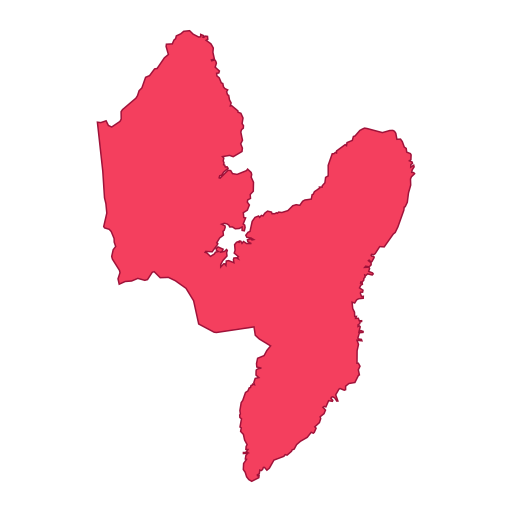 outline of Gagil, Yap, Federated States of Micronesia
{"feature_id": "79324940B76926879567495", "entity_name": "Gagil", "entity_type": "district", "adm_level": 2, "iso_a3": "FSM", "parent_name": "Federated States of Micronesia", "parent_adm1": "Yap", "projection": "robinson", "projection_center": [138.175, 9.551], "detail": "fine", "context": "isolated", "style": "filled", "palette": "rose", "viewbox_px": 512, "rotation_deg": 0, "n_neighbors": 0, "source": "geoboundaries", "source_scale": "gbopen_adm2", "svg_char_len": 6077}
<svg xmlns="http://www.w3.org/2000/svg" viewBox="0 0 512 512"><path d="M256.8,367.0L261.4,368.1L258.3,368.7L256.4,369.8L256.1,370.9L256.0,375.1L258.8,377.6L255.2,378.4L253.8,382.6L254.5,384.7L252.6,384.1L252.4,385.0L251.0,385.5L250.5,387.5L249.2,387.9L247.9,390.9L245.5,392.5L242.7,400.5L241.2,402.6L239.9,410.5L240.4,414.0L239.7,415.0L239.9,417.5L241.5,418.8L240.0,427.0L241.3,427.9L240.6,431.4L243.4,434.4L244.6,440.0L247.1,444.6L246.1,446.5L245.9,449.4L247.9,449.5L246.4,451.6L247.7,452.5L243.4,452.5L243.4,453.5L247.7,453.4L245.9,455.4L245.3,459.0L246.5,459.3L243.6,463.5L243.3,469.5L245.2,472.3L246.6,476.8L248.8,479.6L251.7,481.3L258.8,477.7L259.1,475.5L257.5,475.8L257.3,474.9L259.3,473.6L259.8,470.1L261.1,470.6L262.5,469.6L263.4,467.4L264.5,467.4L266.9,470.2L269.4,468.1L273.9,460.1L283.9,456.3L285.2,454.6L287.1,455.1L291.5,451.3L292.1,449.9L294.2,449.1L296.6,444.6L300.4,441.3L307.3,437.3L311.2,432.3L313.3,433.2L314.3,432.3L316.1,428.2L314.8,426.8L319.4,422.6L320.7,418.6L320.1,416.8L324.0,413.7L325.5,410.1L322.9,407.3L324.2,406.4L325.9,406.9L328.6,400.7L332.4,401.3L332.8,400.4L331.0,398.3L331.4,397.3L332.7,396.8L334.7,397.9L336.8,401.1L337.9,401.0L335.7,394.8L338.9,389.2L340.0,388.5L344.3,390.2L345.6,389.7L345.6,386.2L348.9,383.5L354.9,382.5L358.4,375.5L359.4,374.9L358.3,369.8L360.0,366.2L358.3,363.2L357.0,363.2L357.1,350.7L358.5,344.4L357.0,340.3L361.9,340.8L361.4,339.4L358.2,338.9L357.9,337.9L359.4,332.8L363.0,332.4L363.1,331.4L360.9,330.6L359.0,331.7L360.2,326.8L359.5,325.9L358.0,326.5L358.1,324.8L359.7,323.7L360.1,321.8L361.6,321.5L361.6,320.7L359.3,320.8L358.3,318.3L355.6,318.4L356.4,316.4L354.7,316.5L354.5,312.2L352.7,308.5L352.1,302.2L354.7,303.0L356.6,299.9L358.7,298.7L363.2,298.3L363.3,296.3L361.5,296.5L360.4,293.5L360.6,292.2L362.6,292.2L363.0,290.2L359.5,287.9L360.8,285.2L362.4,284.3L362.2,283.0L360.6,283.1L360.8,282.0L362.4,281.8L363.8,280.1L363.8,278.5L365.1,277.0L364.8,275.1L365.7,275.6L367.6,273.9L372.2,275.0L373.2,273.9L372.5,272.9L368.7,271.4L369.6,268.5L368.9,267.2L364.7,267.4L365.7,266.2L369.2,266.8L371.1,264.9L371.1,262.8L368.4,260.7L369.1,260.1L370.7,261.7L371.9,261.6L374.1,257.6L374.0,256.8L371.6,256.1L371.1,255.2L371.8,254.3L373.6,254.7L375.1,253.7L379.7,246.6L384.2,246.9L393.3,234.0L395.2,232.5L397.9,226.9L403.8,210.3L404.2,207.1L405.2,206.7L407.3,202.3L408.5,192.9L410.7,185.1L410.5,179.0L411.4,176.8L414.6,173.7L413.7,172.6L411.7,172.4L412.2,169.9L414.1,166.9L413.7,165.2L410.7,167.2L410.8,164.6L412.5,163.4L412.2,162.1L409.4,160.8L410.9,159.6L411.1,154.9L410.4,153.6L406.7,152.1L406.2,148.4L404.3,147.1L402.3,141.6L400.5,139.1L396.9,139.3L395.8,133.3L394.5,131.3L392.8,130.4L389.8,130.5L382.4,132.6L367.0,128.5L364.5,128.1L362.1,129.2L359.8,130.5L355.0,136.0L353.4,136.5L352.3,140.4L347.0,142.6L346.5,145.6L345.2,144.6L336.6,150.9L336.5,152.9L335.4,152.4L333.9,153.7L332.2,153.8L328.2,165.3L328.2,175.9L325.6,177.4L324.9,182.8L322.3,185.7L322.1,187.1L319.4,187.1L319.6,188.1L314.4,191.7L313.2,194.3L312.1,194.7L311.3,199.1L304.9,200.0L302.7,201.2L299.8,205.3L296.2,204.7L292.8,205.7L287.9,210.6L281.9,212.5L278.6,212.1L277.4,213.3L276.4,212.8L274.8,213.7L272.0,213.7L271.5,212.1L267.6,211.1L264.9,213.1L263.0,215.9L261.4,215.4L259.6,217.4L258.6,216.0L255.0,217.4L252.2,221.3L250.0,231.4L248.0,232.3L245.8,235.2L246.8,237.3L251.0,238.0L253.7,239.6L252.0,240.0L250.5,238.7L247.4,239.8L247.8,241.7L251.4,243.6L246.7,243.6L243.5,241.5L242.0,243.4L240.8,241.2L239.7,241.0L239.0,242.9L238.8,241.4L236.5,242.3L234.6,244.6L235.1,250.2L234.2,253.1L238.4,256.6L237.4,257.5L238.2,258.8L236.2,257.8L233.9,258.0L233.4,259.6L233.9,262.7L228.6,260.6L226.3,261.0L225.9,265.4L224.7,263.8L223.7,263.8L220.7,267.0L220.7,264.6L222.7,260.7L227.0,256.0L226.6,252.7L227.3,250.4L226.5,249.5L224.6,251.4L219.7,252.4L222.0,251.5L223.1,249.2L218.0,246.9L216.2,248.7L216.4,250.2L218.3,251.5L215.4,252.2L214.4,253.9L210.5,256.4L206.7,252.8L205.1,252.4L205.7,251.4L212.1,251.8L217.5,244.5L217.8,243.5L216.7,242.8L219.7,237.9L223.4,235.2L223.0,231.3L224.2,230.3L225.2,227.2L225.0,225.9L221.6,224.2L224.2,223.3L227.0,223.9L228.9,225.2L229.7,226.9L232.4,226.9L235.3,228.8L239.2,228.5L242.1,227.0L242.1,230.4L244.3,230.8L245.1,227.4L244.7,225.1L243.2,224.0L245.6,217.9L243.8,217.5L243.3,212.7L247.3,210.2L249.4,205.0L247.3,202.1L247.7,199.9L250.5,198.4L250.2,194.5L253.3,191.2L253.5,182.3L251.2,177.2L251.7,174.4L251.1,172.4L247.6,169.1L246.5,170.6L237.1,174.4L232.5,173.6L230.7,170.6L228.2,170.2L220.1,178.2L219.1,177.8L219.7,175.7L221.6,175.2L223.6,172.1L228.1,168.3L227.1,166.8L225.3,167.0L224.7,165.1L223.6,164.7L224.0,162.8L223.2,160.9L223.8,158.1L222.5,156.6L229.6,155.4L233.2,156.7L242.0,151.5L242.4,148.1L240.7,143.8L242.5,140.3L240.8,132.0L241.6,129.6L243.3,128.2L243.5,125.7L242.1,123.6L243.0,118.0L240.9,113.3L238.0,112.2L237.9,110.9L231.7,105.7L230.3,105.9L231.1,102.9L229.5,99.9L228.7,95.4L227.5,94.7L226.6,91.7L227.7,89.9L224.9,88.6L223.5,86.9L222.8,83.5L221.3,82.9L219.2,77.8L216.9,75.9L216.6,73.3L218.8,73.0L219.4,71.0L215.2,67.2L216.4,63.2L215.8,61.3L214.8,59.9L211.8,60.8L211.4,59.9L214.4,59.1L212.9,52.3L213.3,48.0L211.0,43.9L206.1,40.3L207.8,39.3L207.5,36.4L205.5,36.1L203.7,37.4L203.0,37.2L203.6,35.6L200.7,34.4L200.7,36.7L198.8,37.1L193.2,34.2L189.6,30.7L183.7,31.3L180.8,33.8L176.3,35.9L175.6,38.7L174.0,40.0L172.3,43.9L166.4,44.2L166.1,46.5L168.4,54.5L164.4,57.8L157.1,68.5L154.6,68.9L149.6,75.6L145.6,77.3L141.9,87.9L139.1,90.7L137.5,95.7L135.9,98.2L122.5,109.6L121.1,111.7L121.2,119.1L120.0,121.4L111.7,127.0L108.4,125.5L106.1,120.8L100.8,122.6L97.4,122.2L102.8,171.4L104.5,197.8L105.9,203.6L106.8,213.1L103.7,226.6L104.6,227.9L109.2,229.3L111.2,231.5L114.1,238.5L114.2,242.1L115.7,246.5L113.2,249.7L111.7,256.4L112.4,259.1L119.5,270.4L120.0,272.7L118.0,278.8L119.2,284.2L125.2,281.5L131.6,281.0L137.8,278.4L144.8,280.3L147.5,279.6L152.3,272.2L154.2,271.7L160.2,277.7L168.4,277.4L175.3,280.7L186.0,288.3L193.6,300.7L198.7,324.0L214.1,332.2L216.4,332.5L254.0,326.9L255.3,335.3L259.3,339.0L270.6,345.9L266.9,350.4L264.1,355.6L257.6,358.3L256.5,363.6L256.8,367.0Z" fill="#f43f5e" stroke="#9f1239" stroke-width="1.5"/></svg>